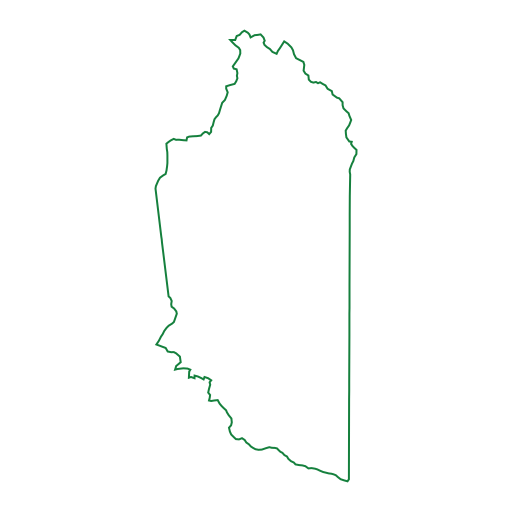 the district of Piraquê, Tocantins, Brazil
{"feature_id": "56859067B33098244249330", "entity_name": "Piraquê", "entity_type": "district", "adm_level": 2, "iso_a3": "BRA", "parent_name": "Brazil", "parent_adm1": "Tocantins", "projection": "orthographic", "projection_center": [-48.258, -6.735], "detail": "fine", "context": "isolated", "style": "outline", "palette": "green", "viewbox_px": 512, "rotation_deg": 0, "n_neighbors": 0, "source": "geoboundaries", "source_scale": "gbopen_adm2", "svg_char_len": 3275}
<svg xmlns="http://www.w3.org/2000/svg" viewBox="0 0 512 512"><path d="M308.4,468.4L311.5,468.1L315.1,468.7L317.3,469.4L320.0,470.7L323.1,472.0L326.0,472.7L328.7,473.4L331.3,473.7L333.5,474.3L335.8,475.2L337.9,477.1L340.6,479.2L344.2,480.4L347.5,481.3L348.9,479.3L349.1,398.6L349.2,391.1L349.2,388.5L349.2,386.3L349.2,381.2L349.4,335.8L349.4,313.8L349.5,308.1L349.5,300.3L349.5,295.9L349.5,286.0L349.7,228.8L349.7,224.4L349.7,219.3L349.7,214.2L349.8,195.7L350.2,174.5L349.7,171.8L349.8,169.4L352.0,163.6L353.3,161.1L354.3,157.4L356.4,154.1L356.5,149.9L354.1,147.7L352.4,145.9L351.1,143.9L351.7,141.8L349.3,141.5L346.4,137.4L345.9,133.7L345.7,130.6L347.2,128.1L349.1,125.4L350.3,122.4L351.2,120.0L349.4,115.8L348.6,113.2L346.5,111.4L343.5,108.4L342.6,105.2L342.6,102.2L339.2,98.3L337.0,97.7L332.6,94.5L331.8,91.1L327.6,88.8L325.5,85.4L322.8,84.0L320.1,82.3L318.0,83.2L316.0,82.0L313.4,82.6L310.9,81.8L308.8,79.6L308.4,75.5L305.4,73.6L303.6,70.7L304.3,64.9L303.4,61.9L296.1,58.2L294.0,54.2L293.0,50.3L291.4,47.4L287.7,43.7L284.2,41.4L280.0,48.0L277.8,51.1L276.6,53.8L272.4,51.9L269.9,49.0L266.9,47.1L264.5,44.9L263.6,42.7L264.7,40.7L263.5,37.5L260.6,34.4L257.7,34.9L254.6,35.2L250.6,37.4L249.4,34.4L247.8,32.7L244.4,30.7L242.0,32.2L239.6,34.9L236.7,36.0L235.2,40.0L230.3,40.0L232.1,42.0L235.4,45.3L238.8,47.8L240.2,50.1L240.3,53.5L239.4,56.0L238.4,58.5L236.7,60.9L235.0,63.3L232.8,66.4L233.8,68.6L236.6,69.3L237.4,73.1L236.9,75.8L237.4,78.3L236.2,81.3L234.6,83.9L230.0,85.1L226.2,86.3L226.2,88.7L227.7,92.3L226.7,95.8L224.9,100.0L222.2,102.8L221.4,105.3L220.1,109.4L219.0,113.2L217.7,115.5L216.1,117.1L214.5,119.2L213.6,122.3L212.8,125.6L211.2,127.9L211.1,131.9L209.2,134.1L207.3,132.3L205.0,131.9L202.8,133.5L200.9,135.6L196.9,136.1L192.7,136.3L189.2,136.6L187.1,137.4L186.5,140.4L183.3,140.2L178.9,139.7L176.0,139.8L173.7,138.9L170.6,140.5L168.5,142.0L166.4,143.7L166.8,149.0L167.3,152.1L167.4,155.3L167.4,160.3L167.4,163.1L167.1,166.2L166.5,170.5L165.6,174.0L163.3,175.3L160.0,177.7L158.2,180.7L155.9,186.1L155.5,188.6L161.3,236.7L161.7,239.2L162.0,242.6L163.4,253.9L168.6,296.4L170.3,297.9L171.7,301.0L171.2,304.2L171.6,306.7L174.1,308.5L176.3,311.4L176.8,313.7L176.0,316.0L174.6,320.0L173.9,322.0L172.1,323.6L168.7,325.7L166.6,327.8L164.3,330.9L162.6,334.3L161.0,336.6L159.8,339.0L158.8,340.9L156.4,344.5L165.7,348.0L167.7,351.5L171.2,352.2L173.8,352.1L176.1,353.3L179.9,356.6L180.7,362.2L176.2,366.0L175.1,369.6L177.5,369.0L183.4,368.3L187.6,368.6L190.3,369.7L189.2,371.6L188.9,377.7L191.0,377.0L194.5,378.2L194.6,375.6L197.9,376.5L201.1,378.0L203.6,379.4L204.5,377.0L208.1,378.2L211.2,380.3L209.6,382.3L210.2,384.7L209.0,388.9L208.2,392.6L210.1,395.0L209.7,397.9L209.0,400.5L211.2,401.0L214.1,400.5L217.7,400.1L219.6,403.6L221.6,406.0L223.7,408.1L226.1,410.3L226.9,412.3L228.7,415.2L231.4,418.5L231.8,422.4L231.1,425.3L229.0,427.7L229.9,431.6L231.2,434.5L234.2,437.5L235.9,439.1L239.0,439.4L242.0,438.2L244.7,440.0L246.3,442.5L248.9,444.3L250.9,446.5L252.9,447.8L255.4,449.2L258.5,449.8L261.8,449.6L265.9,448.2L269.3,447.2L271.9,447.8L274.7,447.9L277.0,448.4L278.6,450.1L280.4,451.8L282.4,452.8L284.4,455.1L287.0,456.5L288.3,458.8L291.0,461.2L293.8,462.5L295.5,464.4L299.2,465.1L302.4,465.4L305.4,466.2L308.4,468.4Z" fill="none" stroke="#15803d" stroke-width="2"/></svg>